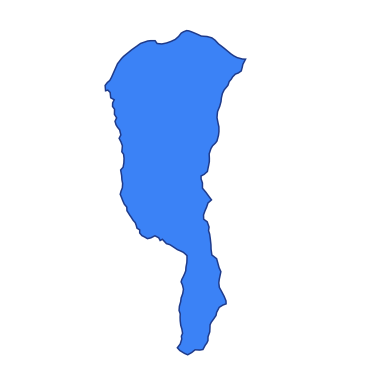 the district of Narandiba, São Paulo, Brazil, rotated 172°
{"feature_id": "56859067B67973256184477", "entity_name": "Narandiba", "entity_type": "district", "adm_level": 2, "iso_a3": "BRA", "parent_name": "Brazil", "parent_adm1": "São Paulo", "projection": "natural_earth1", "projection_center": [-51.523, -22.525], "detail": "fine", "context": "isolated", "style": "filled", "palette": "blue", "viewbox_px": 384, "rotation_deg": 172, "n_neighbors": 0, "source": "geoboundaries", "source_scale": "gbopen_adm2", "svg_char_len": 2588}
<svg xmlns="http://www.w3.org/2000/svg" viewBox="0 0 384 384"><g transform="rotate(172 192 192)"><path d="M228.2,39.8L226.1,36.7L222.0,33.3L218.9,31.4L214.6,33.1L210.9,35.3L206.2,34.4L203.1,34.5L200.2,38.5L198.5,40.2L196.9,42.6L196.3,46.4L193.9,51.0L193.2,54.6L192.6,58.0L191.1,60.3L188.2,63.3L185.4,66.4L184.4,69.3L181.1,74.0L177.3,75.7L173.8,76.5L173.5,79.5L174.7,84.2L176.3,88.7L178.2,93.7L178.1,98.3L177.1,101.9L174.5,109.1L175.7,113.2L176.9,122.5L181.1,126.9L181.1,132.6L180.6,137.1L180.4,142.9L180.4,147.9L181.0,151.3L180.0,154.9L181.1,160.4L184.2,163.4L183.8,167.7L181.8,171.5L179.7,174.9L177.7,178.9L173.8,181.5L175.6,184.7L178.2,189.6L181.1,194.3L180.4,199.5L181.2,203.6L180.8,206.6L177.5,207.8L173.9,210.2L172.9,213.1L171.8,216.1L170.6,219.7L170.1,223.0L169.7,227.4L167.2,232.4L165.2,234.9L161.9,237.3L160.2,239.0L157.9,244.4L156.9,248.1L156.3,252.8L156.6,256.3L156.9,262.1L156.2,265.3L155.5,268.1L152.6,273.1L150.7,277.5L149.8,281.1L148.2,285.3L145.9,288.7L141.6,292.6L139.8,296.2L137.4,298.3L135.7,300.4L132.7,302.7L129.6,303.4L126.4,305.0L124.9,308.5L123.9,311.3L120.5,316.1L123.4,316.6L128.6,318.8L131.8,321.1L134.5,323.6L139.9,329.6L145.1,334.9L148.1,339.2L150.9,341.9L155.5,343.9L157.9,344.4L161.1,345.1L164.5,347.3L167.8,349.3L170.4,350.8L172.7,352.0L174.9,352.6L178.2,351.8L180.6,350.8L183.6,347.9L187.4,345.4L192.0,344.0L196.5,343.1L201.3,342.8L205.9,343.9L207.5,347.0L211.8,347.6L214.9,347.7L222.2,346.3L232.0,341.2L240.9,335.8L243.3,333.9L247.9,329.4L255.8,316.7L257.9,313.9L260.6,312.2L263.2,309.6L263.5,304.3L261.2,304.6L259.2,302.0L259.4,296.6L256.2,294.2L258.2,291.2L258.8,287.8L257.2,284.8L258.0,279.7L256.3,275.9L258.4,272.7L257.9,269.2L256.8,266.6L255.0,263.5L254.5,258.4L256.7,255.3L255.4,251.6L254.5,247.5L255.1,244.8L255.9,241.6L254.5,238.9L254.6,234.8L255.4,230.4L256.8,226.1L259.6,223.7L259.4,218.0L259.7,213.6L259.5,210.1L260.4,205.8L262.2,202.6L263.4,199.7L262.5,196.2L261.8,193.1L260.7,189.3L258.7,186.1L259.0,182.5L256.9,177.8L255.7,175.4L254.2,172.1L252.5,169.6L251.9,166.9L251.5,163.8L249.1,161.8L249.5,158.7L247.7,155.8L245.0,153.9L242.6,152.0L239.2,152.3L234.8,153.8L231.3,151.3L230.3,148.4L227.9,149.3L224.5,144.4L221.2,142.9L218.2,140.3L214.5,137.0L211.7,135.3L209.0,133.5L207.4,131.7L205.8,129.7L206.3,126.2L206.9,122.9L208.4,118.5L209.2,114.8L210.7,112.1L212.7,109.0L214.2,106.9L215.3,104.5L214.4,101.3L214.0,96.9L215.3,92.7L217.5,88.6L218.5,84.9L220.4,80.6L221.3,76.5L220.6,73.0L221.2,69.8L221.6,66.1L221.7,61.5L221.1,57.7L221.0,53.3L222.6,50.7L222.6,47.8L224.9,43.0L228.2,39.8Z" fill="#3b82f6" stroke="#1e3a8a" stroke-width="1.5"/></g></svg>